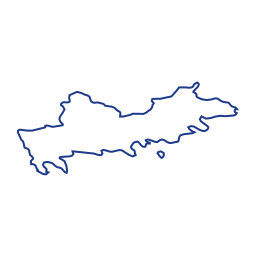 the border of Harju, rotated 176°
{"feature_id": "EST-1654", "entity_name": "Harju", "entity_type": "County", "adm_level": 1, "iso_a3": "EST", "parent_name": "Estonia", "parent_adm1": "", "projection": "equal_earth", "projection_center": [24.879, 59.328], "detail": "fine", "context": "isolated", "style": "outline", "palette": "blue", "viewbox_px": 256, "rotation_deg": 176, "n_neighbors": 0, "source": "natural_earth", "source_scale": "10m", "svg_char_len": 3500}
<svg xmlns="http://www.w3.org/2000/svg" viewBox="0 0 256 256"><g transform="rotate(176 128 128)"><path d="M17.9,139.2L19.1,139.4L20.3,138.3L20.4,137.0L19.7,135.9L18.5,135.3L19.6,133.8L21.8,133.1L30.5,133.0L34.8,133.7L39.4,133.4L44.6,132.2L49.6,131.9L53.8,134.5L55.7,131.8L54.9,129.7L48.6,124.3L47.8,123.2L48.1,121.9L49.3,120.7L50.7,119.9L52.1,119.7L53.9,119.9L56.6,121.1L62.1,124.8L65.0,125.5L67.8,124.6L66.9,122.6L64.4,120.4L62.0,119.1L64.0,118.3L72.7,117.9L76.1,117.1L77.3,115.7L78.5,111.8L78.9,111.0L85.4,110.1L87.7,110.2L89.6,111.1L93.1,113.6L95.1,114.2L96.9,113.7L98.5,112.7L100.0,111.9L101.9,112.3L107.6,114.8L109.3,115.1L111.1,114.6L110.7,113.5L109.1,112.4L107.3,111.9L107.3,111.0L109.9,111.2L110.9,110.9L111.4,109.8L111.7,108.5L112.6,108.0L113.7,108.1L114.8,108.6L116.6,110.4L117.8,112.4L119.4,113.8L122.2,113.4L123.3,112.9L123.9,112.4L126.2,109.4L126.4,108.8L125.6,107.0L124.9,106.3L124.0,105.8L123.3,105.2L122.9,104.2L122.9,103.1L122.8,102.2L122.6,101.4L122.2,100.5L125.2,99.3L129.0,101.2L135.7,106.2L138.1,106.6L145.8,105.4L148.1,105.8L152.2,107.4L154.3,107.8L156.1,107.2L155.3,104.2L156.6,102.9L159.0,103.0L163.8,104.9L184.8,108.6L185.0,108.6L184.3,105.9L185.6,104.4L188.0,103.8L197.2,103.8L198.2,103.4L198.2,102.6L197.5,101.8L196.4,101.4L193.6,99.2L192.1,94.5L191.7,89.8L192.3,87.6L194.1,88.5L197.3,92.4L199.2,93.3L201.3,93.8L202.9,95.1L205.9,98.1L208.1,99.1L211.3,99.8L214.2,99.4L215.4,97.3L214.6,95.3L213.1,93.9L212.1,92.4L212.6,90.0L212.0,89.9L211.1,89.5L210.6,89.3L213.0,87.5L216.0,88.1L221.5,91.6L220.8,92.5L222.0,94.0L222.8,96.8L224.2,98.1L226.0,98.7L227.1,98.6L227.2,99.0L227.2,101.8L226.7,102.3L225.0,103.7L224.8,104.4L225.0,105.0L225.9,106.4L226.4,106.9L227.6,107.9L228.3,112.7L228.6,113.4L229.4,114.2L232.3,115.6L232.7,116.3L232.9,117.2L232.8,118.0L233.1,119.5L233.3,120.5L233.6,121.6L234.2,122.6L235.3,123.9L235.9,125.3L238.0,131.2L238.1,131.9L238.0,132.9L236.2,133.9L228.5,132.4L223.6,132.1L210.5,134.4L210.4,135.9L209.7,136.0L208.7,136.1L207.2,135.8L203.3,134.4L196.4,134.9L193.0,135.4L192.8,135.9L193.0,136.6L194.1,137.8L195.1,139.2L195.8,141.6L195.4,143.1L194.5,144.8L192.7,146.9L190.0,151.0L191.5,154.2L192.0,154.6L193.1,155.3L193.2,156.5L192.6,157.1L191.9,157.7L190.7,158.2L189.3,158.1L187.7,157.8L185.4,157.8L184.4,158.4L184.2,159.4L184.6,161.9L184.1,164.8L176.4,167.6L172.4,166.3L169.2,164.5L166.1,163.3L164.7,162.3L164.1,161.5L164.0,160.6L163.7,160.0L163.6,159.2L163.3,158.4L162.9,157.1L161.3,156.0L160.2,155.5L159.2,155.5L158.7,155.6L156.4,155.6L150.7,153.7L149.2,151.8L142.7,150.4L140.4,149.3L139.9,148.9L138.9,147.7L137.1,145.9L135.3,144.9L134.7,143.9L134.6,142.7L135.1,139.9L131.4,139.8L124.7,141.0L123.3,141.4L122.5,141.9L111.4,141.0L108.1,142.4L106.8,143.5L104.8,144.5L104.0,145.2L102.5,147.0L101.9,149.3L100.6,150.7L100.8,151.4L101.4,152.0L102.2,153.0L102.4,153.6L101.7,155.2L100.7,155.3L93.5,154.9L88.2,155.7L82.7,156.4L81.8,157.1L76.4,162.4L74.3,164.9L67.6,164.5L64.5,163.9L62.3,164.0L60.9,164.4L60.2,165.0L59.8,165.5L59.5,166.1L58.7,167.2L55.9,168.5L54.8,167.7L54.4,167.2L54.4,166.6L54.7,165.5L55.4,164.5L56.0,163.8L59.9,160.2L60.3,159.8L60.3,159.4L59.8,158.9L58.7,158.3L57.7,157.5L57.3,156.3L57.5,155.5L57.3,154.6L57.0,154.0L52.9,151.7L47.8,150.4L42.5,150.7L39.9,151.3L38.9,151.5L36.6,151.1L33.3,148.5L31.9,147.7L29.7,147.0L26.6,146.5L25.5,145.8L23.9,143.3L22.7,142.2L19.5,141.0L18.0,139.4L17.9,139.2ZM96.9,96.0L98.4,97.7L100.3,100.8L99.5,101.9L96.9,102.4L94.2,100.6L94.1,98.3L95.4,96.3L96.9,96.0Z" fill="none" stroke="#1e3a8a" stroke-width="2"/></g></svg>